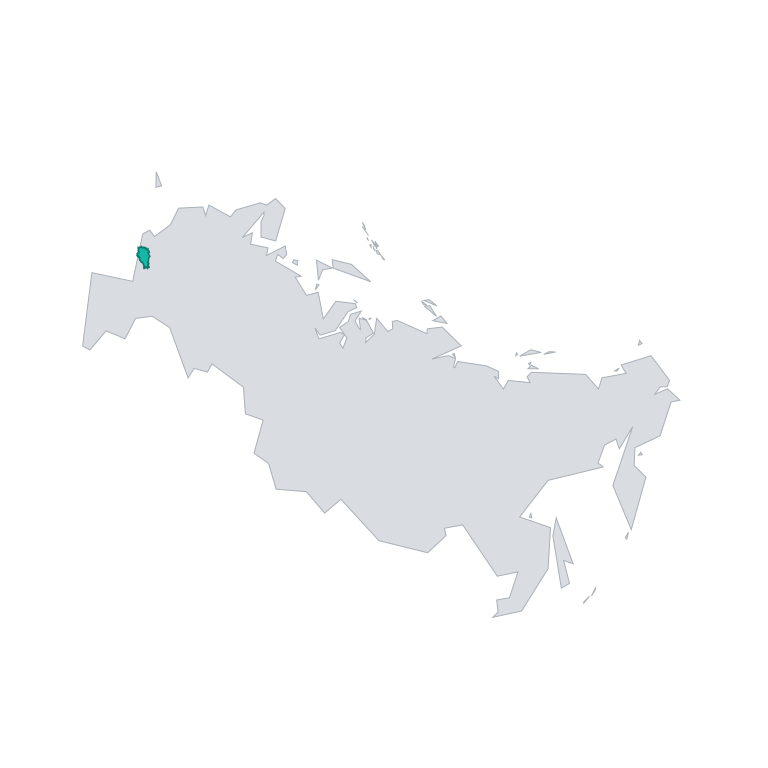 where Kursk sits in Russia, rotated 76°
{"feature_id": "RUS-2362", "entity_name": "Kursk", "entity_type": "Region", "adm_level": 1, "iso_a3": "RUS", "parent_name": "Russia", "parent_adm1": "", "projection": "albers", "projection_center": [36.333, 51.669], "detail": "fine", "context": "in_parent", "style": "filled", "palette": "teal", "viewbox_px": 768, "rotation_deg": 76, "n_neighbors": 0, "source": "natural_earth", "source_scale": "10m", "svg_char_len": 7384}
<svg xmlns="http://www.w3.org/2000/svg" viewBox="0 0 768 768"><g transform="rotate(76 384 384)"><path d="M637.5,305.3L636.7,334.9L632.9,328.5L620.8,326.9L621.8,314.1L598.7,299.4L597.9,320.5L539.6,341.8L538.6,360.4L546.0,360.4L558.3,382.5L534.8,426.8L485.4,453.7L494.9,472.8L469.7,485.4L460.0,514.1L433.1,515.2L419.7,526.9L389.8,510.0L379.4,525.7L353.0,521.2L322.9,546.0L329.7,552.5L322.9,564.4L330.7,572.6L277.4,578.3L262.1,592.6L260.3,609.2L277.5,624.3L265.2,640.8L279.8,661.1L274.1,667.2L205.3,640.5L223.6,603.0L180.0,581.8L178.0,574.0L185.4,571.1L177.8,552.7L163.7,540.8L168.4,516.9L177.4,516.3L168.0,510.6L184.7,492.6L179.3,485.6L178.3,460.2L182.0,454.5L177.8,444.4L189.8,437.4L219.0,454.5L211.6,467.8L196.9,464.1L191.7,459.7L188.2,458.9L207.6,486.0L205.4,475.1L216.1,479.6L223.9,463.6L230.9,467.0L226.2,446.5L234.7,447.0L238.0,451.5L232.4,455.7L238.5,459.7L259.3,438.4L258.9,444.3L279.2,437.8L279.1,425.7L306.1,427.1L292.1,410.6L299.1,392.4L303.2,392.0L305.0,401.3L320.5,418.5L321.1,434.2L312.9,437.4L324.4,436.3L323.4,413.5L326.7,410.5L333.6,417.1L339.3,415.2L330.3,408.9L318.4,413.4L314.7,403.4L308.3,399.6L307.7,388.5L315.8,396.9L323.7,394.9L325.4,393.6L314.1,392.3L318.2,385.5L332.1,381.9L334.8,390.3L339.3,391.7L333.3,381.3L318.5,375.2L334.0,367.6L332.7,362.2L325.3,360.8L325.5,355.9L345.6,330.2L341.0,328.7L342.8,313.8L365.7,299.8L371.4,331.3L372.1,314.5L376.6,308.4L383.4,312.0L384.8,312.2L385.4,311.4L380.0,307.1L391.1,280.4L399.5,269.9L406.7,271.6L403.1,275.2L417.8,269.4L410.6,262.5L418.1,241.9L411.6,243.4L408.3,238.1L423.5,186.0L440.8,177.1L430.7,171.0L432.3,146.6L422.9,149.3L421.2,118.0L449.6,106.1L455.1,109.8L453.6,116.8L459.5,123.8L457.2,110.1L471.3,100.8L470.9,109.8L501.0,128.6L506.5,155.9L523.6,161.0L537.7,152.4L585.1,179.3L537.9,186.5L485.5,153.0L503.8,171.4L493.5,172.2L496.7,184.9L512.4,195.4L517.5,191.5L517.2,248.1L545.8,284.6L563.7,257.2L602.9,269.5L637.5,305.3ZM281.5,372.2L259.3,405.3L250.8,404.1L260.0,386.7L281.5,372.2ZM555.5,249.3L604.1,244.0L598.6,252.4L622.3,252.2L625.0,261.3L572.3,256.9L555.5,249.3ZM247.5,419.6L259.0,406.1L258.3,415.8L267.4,422.5L247.5,419.6ZM389.8,245.6L386.3,233.2L391.4,223.8L389.8,245.6ZM319.0,320.7L331.1,316.7L318.3,326.0L319.0,320.7ZM313.0,319.7L320.9,313.9L312.6,325.0L313.0,319.7ZM331.8,312.4L340.5,308.2L334.3,321.4L331.8,312.4ZM393.8,221.9L392.6,215.9L394.5,209.7L393.8,221.9ZM123.0,553.7L138.0,551.8L137.9,557.7L123.0,553.7ZM230.9,365.1L236.3,363.1L225.8,367.1L230.9,365.1ZM401.5,236.3L406.7,230.3L404.0,240.6L401.5,236.3ZM247.8,439.4L244.1,443.5L241.7,441.6L243.3,437.7L247.8,439.4ZM241.1,361.3L245.8,359.1L248.6,359.4L241.1,361.3ZM257.7,356.1L256.1,359.0L252.3,359.5L252.7,357.9L257.7,356.1ZM262.6,354.7L258.4,355.9L264.0,353.1L262.6,354.7ZM272.2,423.2L276.0,427.9L270.9,425.1L272.2,423.2ZM317.9,323.3L316.1,326.7L313.2,327.2L317.9,323.3ZM243.3,358.2L249.5,355.8L247.6,357.9L243.3,358.2ZM407.2,123.9L407.9,127.9L403.4,125.4L407.2,123.9ZM225.8,364.6L229.9,364.6L221.9,365.9L225.8,364.6ZM298.6,390.6L294.6,393.3L298.4,390.2L298.6,390.6ZM371.5,308.4L375.2,308.4L371.8,310.5L371.5,308.4ZM425.6,152.0L427.8,155.0L427.0,157.0L425.6,152.0ZM250.8,361.3L247.7,361.4L252.6,360.6L250.8,361.3ZM248.9,357.6L251.1,358.4L247.3,358.6L248.9,357.6ZM632.3,227.6L635.5,229.3L640.0,234.1L632.3,227.6ZM245.8,362.7L248.2,363.5L245.5,364.1L245.8,362.7ZM317.6,385.2L315.4,388.3L314.6,388.5L317.6,385.2ZM515.1,150.6L514.7,154.4L512.4,151.3L515.1,150.6ZM398.7,236.3L400.9,238.1L398.9,238.7L398.7,236.3ZM545.2,272.9L549.7,273.1L548.2,275.2L545.2,272.9ZM587.0,182.6L593.3,186.0L591.5,187.1L587.0,182.6ZM241.3,364.2L238.8,365.3L237.8,365.1L241.3,364.2ZM317.1,380.3L317.8,382.8L316.8,382.5L317.1,380.3ZM387.6,247.2L388.6,249.3L385.7,248.0L387.6,247.2ZM643.9,243.0L639.6,236.0L645.0,243.2L643.9,243.0Z" fill="#d9dde1" stroke="#a8b0b8" stroke-width="1"/><path d="M193.2,585.7L193.3,585.7L193.5,585.4L193.5,585.1L193.4,584.8L193.3,584.7L193.4,584.4L193.6,584.2L193.4,584.0L193.4,583.9L193.2,583.8L193.3,583.6L193.4,583.3L193.5,583.2L193.9,582.9L194.0,582.8L194.1,582.7L194.3,582.9L194.3,583.0L194.5,583.0L194.6,582.9L194.9,582.7L195.0,582.6L195.1,582.4L195.1,582.2L194.9,582.0L194.8,581.9L194.9,581.6L195.1,581.5L195.4,581.5L195.5,581.6L195.4,581.6L195.6,581.8L195.6,581.7L195.8,581.6L196.0,581.4L195.9,581.3L195.8,581.2L196.1,580.8L196.2,580.7L196.1,580.4L196.6,580.6L196.9,580.6L197.1,580.6L197.4,580.4L197.5,580.4L197.7,580.2L197.8,580.1L198.1,580.3L198.5,580.3L198.5,580.1L198.6,579.9L198.8,579.9L198.9,580.0L199.0,580.0L199.1,579.9L199.4,579.8L199.5,579.8L199.5,580.0L199.6,580.4L199.8,580.6L199.8,580.8L199.7,581.2L199.7,581.3L199.8,581.3L200.4,581.0L200.5,581.0L200.8,581.0L201.0,581.0L201.4,581.0L201.5,580.8L202.2,580.8L202.4,580.7L203.2,580.3L203.5,580.3L203.8,580.7L204.0,581.0L204.1,581.3L204.5,581.6L204.8,581.7L205.0,581.9L205.4,581.9L205.5,582.0L205.9,582.4L206.4,582.6L206.5,582.6L206.9,582.5L207.0,582.6L207.5,582.8L207.7,582.7L207.8,582.8L207.8,583.0L208.2,583.4L208.5,583.7L208.6,583.8L208.8,584.0L208.9,583.9L209.1,583.7L209.2,583.4L209.3,583.3L209.4,583.2L209.7,583.3L209.8,583.3L210.0,583.5L210.3,583.5L210.5,583.4L210.6,583.2L210.7,583.3L210.8,583.4L210.8,583.5L211.0,584.0L211.2,583.9L211.3,584.0L211.4,584.3L211.9,584.3L212.0,584.3L212.1,584.1L212.5,583.9L212.8,583.9L212.9,584.0L213.0,584.0L213.1,583.8L213.1,583.7L213.3,583.6L213.5,583.6L213.5,584.0L213.6,583.9L213.8,583.8L214.0,583.8L214.1,584.2L214.0,584.3L214.1,584.6L214.1,584.8L214.0,585.0L213.9,585.1L214.0,585.1L214.1,585.3L214.3,585.4L214.5,585.4L214.6,585.5L214.3,585.6L214.2,585.8L213.7,585.8L213.3,585.8L213.1,585.7L213.0,585.8L213.0,586.0L213.1,586.3L212.8,586.2L212.7,586.4L213.0,586.7L213.2,587.0L213.3,587.1L213.4,587.4L213.4,587.5L213.5,587.6L213.4,587.8L213.5,588.2L213.5,588.3L213.5,588.5L213.8,588.5L213.7,588.7L213.7,589.0L213.1,589.0L212.9,588.9L212.7,588.8L212.4,588.7L212.2,588.6L212.3,588.4L212.3,588.2L212.2,588.1L211.7,588.1L211.5,588.3L211.4,588.3L211.2,588.1L210.8,588.4L210.6,588.5L210.4,588.6L209.9,588.6L209.7,588.4L209.4,588.5L209.2,588.5L208.8,588.5L208.7,588.5L208.1,588.9L208.0,589.0L207.8,588.9L207.7,588.9L207.5,589.0L207.5,589.3L207.5,589.7L207.4,589.8L207.3,589.7L207.1,589.6L206.8,590.0L206.6,590.2L206.2,590.1L205.2,590.6L205.0,590.8L204.9,591.0L204.7,591.0L204.6,590.9L204.4,590.8L204.3,590.7L204.2,590.7L204.2,590.9L204.1,591.0L203.9,590.8L203.7,590.7L203.4,590.8L203.0,590.8L202.9,590.8L202.8,590.7L202.3,590.7L202.2,590.6L201.9,590.4L201.6,590.4L201.3,590.6L201.3,590.8L201.6,591.2L201.6,591.3L201.4,591.3L201.2,591.6L200.9,591.7L200.9,591.9L200.8,592.0L200.7,592.2L200.4,592.1L200.2,591.9L200.2,592.0L200.1,592.3L199.9,592.4L199.7,592.3L199.7,592.2L199.5,592.3L199.4,592.4L199.2,592.5L199.1,592.4L199.1,592.2L198.9,592.1L198.4,592.1L198.2,592.0L197.9,592.0L197.9,591.8L197.9,591.7L198.1,591.7L198.3,591.5L198.2,591.4L197.8,591.3L197.5,591.3L197.3,591.3L197.2,591.2L197.1,590.9L196.9,590.1L196.8,589.9L196.7,589.9L196.4,590.0L196.2,589.8L195.9,590.0L195.5,590.2L195.1,590.2L194.7,590.2L194.5,589.7L194.4,589.7L194.2,589.6L193.9,589.7L193.4,589.5L193.2,589.4L193.0,589.5L192.8,589.6L192.7,589.7L192.2,589.5L192.5,589.3L192.7,589.1L192.9,588.8L192.8,588.5L192.7,588.6L192.4,588.4L192.2,588.3L192.2,588.2L192.4,588.1L192.4,587.8L192.4,587.5L192.5,587.4L192.4,587.1L192.1,586.7L192.1,586.4L191.8,586.3L191.7,586.2L191.8,586.0L192.0,585.9L192.9,585.7L193.2,585.7Z" fill="#14b8a6" stroke="#0f766e" stroke-width="1.5"/></g></svg>